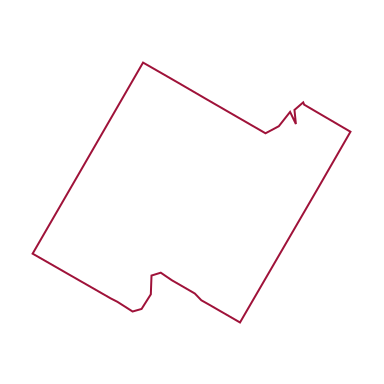 Shawnee, Kansas, United States of America (Natural Earth projection), rotated 120°
{"feature_id": "52423323B43181650652677", "entity_name": "Shawnee", "entity_type": "district", "adm_level": 2, "iso_a3": "USA", "parent_name": "United States of America", "parent_adm1": "Kansas", "projection": "natural_earth1", "projection_center": [-95.755, 39.043], "detail": "fine", "context": "isolated", "style": "outline", "palette": "rose", "viewbox_px": 384, "rotation_deg": 120, "n_neighbors": 0, "source": "geoboundaries", "source_scale": "gbopen_adm2", "svg_char_len": 492}
<svg xmlns="http://www.w3.org/2000/svg" viewBox="0 0 384 384"><g transform="rotate(120 192 192)"><path d="M325.1,299.2L324.8,209.5L324.4,201.7L325.2,183.7L318.5,177.2L301.2,176.5L284.6,185.3L277.5,178.7L278.5,165.3L278.5,138.8L281.1,129.8L281.0,120.9L281.0,85.2L125.0,84.8L60.6,84.9L60.3,138.5L58.8,140.5L69.7,144.3L81.2,136.0L73.6,147.1L91.6,149.7L104.4,157.7L104.4,191.5L104.4,227.1L104.3,262.9L104.4,299.1L234.9,299.1L325.1,299.2Z" fill="none" stroke="#9f1239" stroke-width="2"/></g></svg>